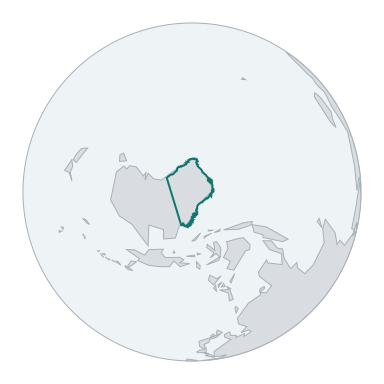 globe centered on Western Australia, rotated 160°
{"feature_id": "AUS-2651", "entity_name": "Western Australia", "entity_type": "State", "adm_level": 1, "iso_a3": "AUS", "parent_name": "Australia", "parent_adm1": "", "projection": "orthographic", "projection_center": [121.445, -24.431], "detail": "fine", "context": "on_globe", "style": "outline", "palette": "teal", "viewbox_px": 384, "rotation_deg": 160, "n_neighbors": 0, "source": "natural_earth", "source_scale": "10m", "svg_char_len": 10867}
<svg xmlns="http://www.w3.org/2000/svg" viewBox="0 0 384 384"><g transform="rotate(160 192 192)"><circle cx="192" cy="192" r="169" fill="#eef3f6" stroke="#a8b0b8"/><path d="M330.5,199.5L330.3,200.8L330.2,200.9L330.5,199.5ZM346.0,122.4L345.6,121.6L346.0,122.4ZM249.5,33.1L249.8,33.3L252.3,34.2L255.4,35.7L253.5,36.6L244.4,31.8L244.9,31.5L249.5,33.1ZM238.5,29.6L238.1,29.5L240.0,30.1L222.8,26.5L215.1,27.2L223.3,28.5L227.3,30.2L225.7,34.6L205.8,40.2L210.9,44.5L210.4,46.9L204.3,47.7L204.8,44.0L199.6,42.2L200.8,40.3L191.1,41.0L192.4,38.4L184.2,40.7L186.1,43.0L194.1,43.0L186.5,46.7L193.2,51.7L192.6,57.7L176.9,68.3L162.9,71.9L161.8,74.2L156.9,71.8L149.3,76.7L157.5,89.8L156.9,94.0L145.1,102.7L145.1,99.5L132.2,93.0L128.9,103.5L138.7,111.2L142.0,121.8L134.1,119.0L130.9,110.0L126.3,107.5L128.1,98.3L125.5,86.3L117.6,89.8L118.8,84.8L114.0,76.7L103.0,82.0L85.1,99.2L81.7,112.9L76.0,120.8L71.5,104.6L73.6,93.1L69.4,96.1L66.9,89.8L55.2,97.6L55.8,95.5L53.1,98.7L51.7,98.9L53.6,95.4L51.7,97.9L47.3,107.2L49.6,104.7L54.7,97.2L52.8,101.5L54.5,102.9L44.4,119.5L30.8,144.1L33.3,134.6L35.0,129.7L39.7,118.8L45.2,108.3L51.4,98.3L58.3,88.7L65.9,79.5L74.1,71.0L82.9,63.0L92.2,55.7L101.9,49.0L112.2,43.1L122.8,37.9L133.8,33.4L145.0,29.7L156.5,26.8L168.2,24.7L179.9,23.5L191.8,23.0L203.6,23.4L215.4,24.7L227.0,26.7L238.5,29.6ZM31.7,138.6L30.5,144.9L29.8,147.3L30.2,148.5L36.4,136.9L35.6,140.6L30.3,161.1L25.1,195.1L28.1,210.0L31.5,224.6L33.3,240.2L38.2,250.4L39.8,257.5L43.3,263.8L47.4,273.0L52.5,283.6L55.8,291.4L52.0,286.4L49.6,282.9L43.2,272.1L37.7,260.9L33.0,249.3L29.2,237.3L26.3,225.1L24.3,212.8L23.2,200.3L23.1,187.8L23.9,175.2L25.6,162.8L28.2,150.6L31.7,138.6ZM66.1,79.3L67.6,77.7L70.8,74.3L66.1,79.3ZM74.7,70.4L74.8,70.3L74.7,70.4ZM103.4,279.3L106.9,281.0L105.2,282.1L103.4,279.3ZM37.9,210.4L44.5,239.8L42.5,243.2L38.7,236.5L33.9,219.9L35.0,211.8L34.6,203.3L37.9,210.4ZM184.8,148.7L190.1,149.8L189.9,150.6L184.8,148.7ZM179.3,145.7L185.2,146.3L178.3,147.4L179.3,145.7ZM187.6,146.5L193.6,145.5L196.3,144.5L195.8,146.1L187.6,146.5ZM175.3,145.6L153.9,145.4L145.5,143.7L147.4,140.8L160.9,141.1L175.3,145.6ZM146.7,140.7L134.2,133.9L117.9,114.9L123.7,114.3L140.9,125.1L139.8,127.5L147.4,132.9L146.7,140.7ZM177.6,126.4L176.4,133.4L164.5,132.5L159.2,131.4L155.5,122.7L157.5,118.2L161.9,118.3L179.4,104.3L185.4,108.0L179.8,113.7L184.8,119.8L177.6,126.4ZM82.1,114.0L84.5,121.3L81.5,123.6L82.1,114.0ZM186.9,95.2L179.6,100.7L186.4,93.2L186.9,95.2ZM191.2,88.3L191.5,91.2L188.8,88.2L191.2,88.3ZM161.2,77.8L156.5,78.5L156.6,76.7L162.7,74.7L161.2,77.8ZM192.1,63.1L191.3,68.0L190.1,69.6L188.4,66.5L192.1,63.1ZM290.7,259.4L292.4,263.0L287.5,267.3L281.0,270.7L275.0,269.0L290.7,259.4ZM243.0,251.9L242.7,243.7L249.7,245.5L246.9,251.7L243.0,251.9ZM295.3,257.0L299.6,252.2L301.1,243.2L300.7,252.2L304.2,256.0L293.8,263.5L295.3,257.0ZM216.7,213.7L183.8,223.3L176.4,221.0L177.9,215.1L170.6,197.6L173.0,198.0L171.1,186.8L190.4,178.0L204.1,162.3L215.2,164.9L223.4,154.4L234.9,157.6L231.6,166.3L243.8,175.8L251.7,156.4L259.4,182.1L268.4,194.3L271.2,212.3L256.1,236.7L247.2,239.6L245.4,236.0L241.7,238.0L235.8,234.8L232.2,223.7L228.6,225.8L232.0,219.3L226.8,224.5L223.6,217.5L216.7,213.7ZM299.4,196.6L301.1,198.3L303.9,204.8L301.1,202.1L299.4,196.6ZM326.0,200.9L326.8,203.9L325.0,202.8L326.0,200.9ZM330.2,200.9L328.0,199.7L330.5,199.5L330.2,200.9ZM308.4,187.2L309.3,189.4L308.6,189.5L308.4,187.2ZM307.7,186.3L308.8,184.5L308.6,186.9L307.7,186.3ZM299.2,168.5L300.3,167.9L300.8,169.1L299.2,168.5ZM197.8,150.6L205.1,145.6L209.2,145.7L197.8,150.6ZM297.7,165.2L295.0,163.6L295.3,162.5L297.7,165.2ZM297.8,162.5L297.5,160.6L299.2,165.5L297.8,162.5ZM292.7,156.2L296.0,160.7L292.3,156.4L292.7,156.2ZM290.7,155.7L288.3,153.3L288.5,152.9L290.7,155.7ZM264.3,147.4L273.1,160.3L266.1,157.5L258.2,148.8L252.2,152.6L238.5,148.1L241.6,145.4L239.7,139.7L225.7,134.7L222.9,131.0L227.8,129.7L218.6,125.5L228.7,125.9L232.8,133.4L238.5,129.4L248.5,133.2L258.2,138.2L266.2,146.0L264.3,147.4ZM228.8,140.7L230.6,141.0L229.1,142.8L228.8,140.7ZM283.8,147.5L287.3,152.4L286.9,153.0L285.2,151.8L283.8,147.5ZM268.0,145.4L276.5,142.9L278.5,143.8L272.9,148.1L268.0,145.4ZM274.4,138.4L278.4,140.8L280.5,144.8L279.7,145.3L274.4,138.4ZM208.3,130.9L208.0,132.8L205.4,131.0L208.3,130.9ZM211.7,130.3L219.5,133.6L211.0,131.8L211.7,130.3ZM188.3,121.5L190.5,125.9L197.6,123.8L192.2,127.3L197.1,134.9L195.5,137.6L190.6,129.2L189.0,137.3L185.9,136.9L184.1,129.8L187.2,121.7L190.4,118.6L203.2,118.5L188.3,121.5ZM211.6,125.0L209.5,119.8L211.1,116.8L213.3,119.7L211.6,125.0ZM203.6,107.7L198.3,101.9L193.4,103.4L203.5,97.2L206.9,103.7L203.6,107.7ZM199.4,95.9L194.7,97.2L199.6,93.6L199.4,95.9ZM193.6,95.4L193.3,91.9L196.8,92.7L193.6,95.4ZM201.7,96.3L202.9,90.5L204.5,94.1L201.7,96.3ZM192.2,84.4L199.6,90.5L189.7,87.3L190.0,76.9L194.2,77.0L192.2,84.4ZM220.5,51.3L219.9,49.1L223.9,49.3L223.2,50.7L220.5,51.3ZM236.5,49.4L224.8,48.8L215.3,49.0L217.9,50.4L215.3,53.6L211.6,49.7L218.7,47.0L225.8,47.5L227.4,45.1L233.0,44.6L232.6,41.6L235.2,41.0L237.7,44.1L236.5,49.4ZM232.1,40.4L233.5,36.4L240.9,38.7L242.2,40.1L238.5,40.8L234.8,39.5L232.1,40.4ZM236.0,36.2L232.4,35.0L226.9,29.5L227.6,29.0L235.7,33.8L232.8,33.0L232.8,34.2L236.0,36.2Z" fill="#d9dde1" stroke="#a8b0b8" stroke-width="1"/><path d="M210.9,213.9L208.9,214.7L206.5,215.4L205.0,215.4L203.8,215.1L203.4,215.2L202.2,216.0L200.8,216.5L200.4,216.9L199.1,217.2L198.5,217.7L198.2,218.9L197.1,219.9L196.7,219.8L196.2,220.1L196.1,219.8L195.9,219.7L194.8,219.8L194.7,220.0L194.2,219.8L194.0,220.0L193.6,220.1L193.5,219.8L193.4,219.6L192.9,219.8L191.7,219.6L191.3,219.7L189.8,219.8L189.4,220.0L188.5,219.9L188.0,220.1L187.4,220.5L187.2,221.0L187.4,221.2L187.0,221.2L186.9,221.6L186.8,221.4L186.6,221.7L186.3,221.5L185.7,221.5L185.8,221.6L185.4,221.8L185.4,222.0L184.7,222.3L184.6,222.8L184.1,222.9L184.2,223.1L183.9,223.1L183.3,223.2L183.7,223.4L182.9,223.2L182.8,223.5L182.1,223.2L181.7,223.2L181.6,223.3L180.6,223.2L180.4,223.3L179.8,223.1L180.1,223.0L179.8,222.8L179.8,223.0L178.8,222.8L178.6,222.4L177.8,221.7L177.0,221.3L176.8,221.3L176.6,221.5L176.3,221.2L176.2,220.1L176.2,219.1L176.7,219.4L177.1,219.3L177.5,219.0L177.7,218.4L177.9,218.3L177.8,218.0L177.8,218.3L177.8,217.5L177.5,216.5L177.7,216.1L177.6,216.5L177.8,216.8L177.7,216.4L177.9,216.3L177.8,216.1L177.8,215.5L177.6,215.4L177.8,215.3L177.8,215.1L177.7,213.9L176.5,211.6L176.2,211.2L175.8,210.3L175.4,208.9L175.4,207.3L175.0,206.2L174.4,205.4L174.1,204.5L173.1,203.3L172.9,202.6L173.0,202.1L172.6,201.0L171.4,199.2L170.6,198.5L170.1,197.7L170.5,198.0L170.5,197.2L170.6,198.1L170.8,198.4L170.7,197.3L170.8,197.8L170.9,197.7L171.1,198.6L171.2,198.1L171.3,198.9L171.4,198.5L171.6,199.1L171.9,198.9L172.1,198.7L172.1,198.2L171.8,197.9L171.5,197.9L171.2,197.5L171.2,197.0L170.8,196.4L171.0,195.8L171.0,196.1L171.6,196.6L171.7,196.9L171.6,197.8L171.8,197.8L171.9,197.5L171.9,197.0L172.1,197.1L172.1,197.5L172.4,198.3L172.7,198.5L173.0,198.1L172.8,197.1L173.0,197.1L173.0,196.7L172.7,196.5L171.7,194.7L171.4,194.6L171.1,193.5L170.4,192.6L170.5,191.1L170.9,190.2L171.3,189.7L171.2,188.8L171.3,188.5L171.3,188.1L171.2,187.7L170.9,187.6L170.8,187.1L171.8,184.9L172.2,184.8L171.9,185.9L172.0,186.3L172.1,186.8L172.3,186.9L172.5,186.6L172.7,186.8L173.1,185.8L173.0,185.3L173.4,184.8L175.7,183.7L176.0,183.2L176.6,182.9L176.9,182.4L177.4,182.1L177.6,181.7L178.3,181.6L178.9,181.1L179.2,180.7L179.3,180.7L179.2,181.1L179.4,181.3L180.2,180.9L180.2,181.1L180.6,181.2L181.6,181.1L182.1,180.9L182.9,180.1L184.7,179.8L185.5,178.9L185.7,179.0L185.8,178.9L186.5,179.0L186.9,179.2L187.3,178.9L188.7,178.7L190.6,177.9L191.3,177.4L191.9,176.7L192.6,175.5L192.5,175.2L192.9,175.0L192.8,174.8L193.0,174.4L193.3,174.4L194.5,173.4L194.5,173.0L194.0,173.0L194.1,172.8L194.1,172.2L194.0,171.8L194.0,170.9L194.3,170.4L194.9,170.1L194.9,169.9L195.2,170.1L195.1,169.8L195.2,169.5L195.9,169.5L195.7,169.3L195.7,169.0L196.1,168.7L196.5,168.4L196.4,168.5L196.5,168.6L196.4,168.6L196.3,168.9L196.5,169.3L196.8,169.3L196.7,169.5L196.8,169.6L196.8,169.9L197.1,170.2L198.0,171.9L198.0,171.3L198.2,170.7L198.1,170.2L199.0,170.8L198.6,170.2L198.8,170.3L198.8,170.1L199.1,169.7L198.9,169.8L198.6,169.9L198.4,169.4L197.8,169.2L198.1,168.9L197.8,168.9L197.6,168.7L197.8,168.7L197.7,168.6L198.2,168.8L198.2,168.7L197.8,168.5L198.4,168.5L198.2,168.3L198.4,168.4L197.9,168.0L198.0,167.8L198.5,167.7L198.7,167.8L198.7,168.0L198.8,168.2L198.8,168.5L198.9,168.3L199.2,168.4L199.1,168.1L199.0,167.9L199.6,168.1L199.9,168.5L200.2,168.5L200.3,168.3L201.7,168.6L201.2,168.3L200.4,168.3L200.3,167.9L200.5,167.5L200.7,167.8L200.9,167.7L201.0,167.0L201.3,166.8L201.0,166.8L200.6,167.3L200.5,166.8L200.4,167.0L200.3,166.4L200.5,166.2L200.3,165.9L200.5,165.9L201.0,165.9L201.1,165.6L201.2,165.8L201.3,165.5L201.2,165.4L201.2,165.2L201.4,165.3L201.5,165.3L201.6,165.5L201.9,165.5L202.1,165.7L202.0,165.8L202.3,165.8L202.6,166.0L202.3,165.7L202.5,165.4L202.2,165.3L201.9,165.4L202.3,164.9L201.7,165.2L201.6,164.9L201.8,164.7L202.0,164.8L202.2,164.7L202.1,164.4L202.4,164.4L202.3,164.5L202.5,164.6L202.6,164.9L202.5,164.5L202.9,164.9L203.3,164.9L203.2,164.6L203.3,164.5L202.7,164.3L203.0,164.1L202.7,164.0L202.5,163.7L203.0,163.4L202.8,163.3L203.1,163.0L203.1,163.3L203.3,163.1L203.4,163.4L203.6,163.0L203.8,163.2L203.8,162.3L204.2,162.4L204.2,162.6L204.1,163.1L204.0,163.4L204.2,162.8L204.2,163.0L204.6,162.9L204.5,163.3L204.8,163.5L204.8,163.1L205.1,163.1L204.9,162.7L205.2,162.6L205.2,162.3L205.4,162.2L205.4,161.9L205.0,161.8L205.0,161.6L205.3,161.7L205.1,161.4L205.3,161.3L205.5,161.4L205.3,161.7L205.7,161.5L205.5,161.9L205.6,162.1L205.8,162.3L206.0,162.2L205.9,162.0L206.0,161.8L206.3,161.6L206.6,161.5L206.3,161.9L206.5,161.9L206.4,162.0L206.6,162.1L206.7,162.4L206.9,161.9L207.0,162.0L207.1,161.9L207.0,161.6L207.5,161.6L207.2,161.1L207.4,161.0L207.5,161.1L207.4,161.0L207.8,160.9L208.1,161.2L208.0,161.4L208.2,161.7L208.3,161.4L208.4,161.6L208.6,161.4L208.8,161.7L209.1,161.6L209.1,161.9L209.8,162.3L210.5,163.5L211.3,163.9L211.2,164.1L211.2,164.3L210.7,165.6L210.8,165.9L210.7,166.2L210.9,166.0L211.0,165.3L211.4,166.0L211.2,164.9L211.5,164.5L211.6,164.9L211.8,164.9L211.8,164.2L212.2,164.1L213.5,164.5L210.9,213.9ZM170.1,197.1L170.3,197.7L169.5,196.6L169.4,195.9L169.5,195.8L170.0,197.0L170.1,197.1ZM175.5,181.5L175.4,181.8L175.1,181.9L175.4,181.3L175.5,181.5ZM200.9,165.4L201.1,165.6L200.8,165.7L200.6,165.5L200.9,165.1L200.9,165.4ZM202.6,162.8L202.7,163.3L202.4,163.1L202.5,163.2L202.6,162.8ZM211.6,164.4L211.9,164.9L211.6,164.7L211.6,164.4ZM211.0,164.9L211.2,165.2L211.1,165.3L211.0,165.2L211.0,164.9ZM169.7,195.2L169.7,194.5L169.8,194.4L169.7,195.2ZM169.8,194.0L169.8,194.3L169.9,193.6L169.8,194.0ZM200.4,165.2L200.5,165.3L200.2,165.3L200.4,165.2ZM201.9,164.3L201.9,164.5L201.7,164.4L201.9,164.3ZM206.5,161.3L206.8,161.4L206.5,161.4L206.5,161.3ZM177.0,214.6L177.3,214.6L177.0,214.6ZM177.6,215.0L177.6,215.3L177.6,215.2L177.6,215.0Z" fill="none" stroke="#0f766e" stroke-width="2"/></g></svg>